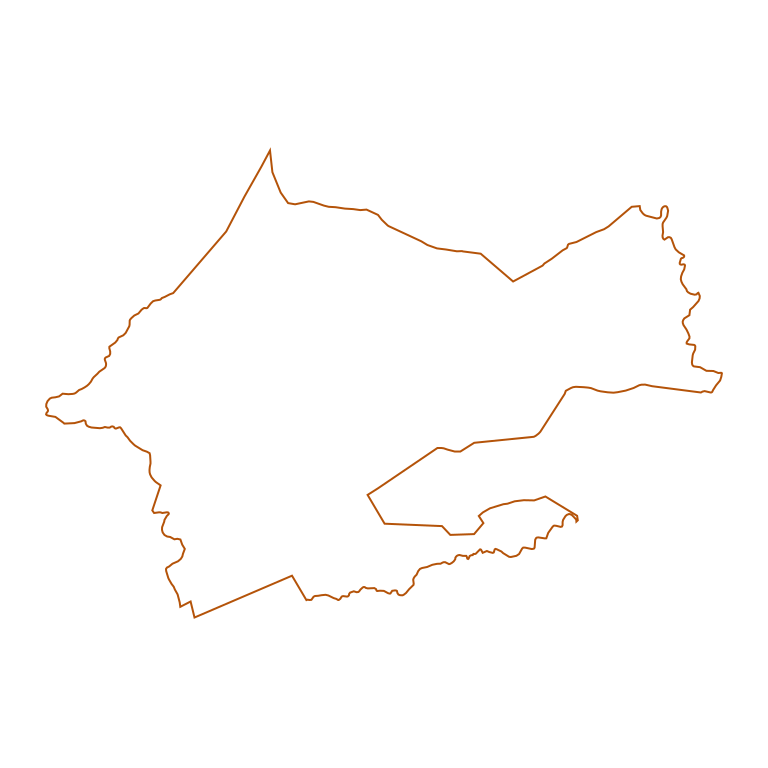 the district of La Paz, La Paz, Honduras
{"feature_id": "27666195B4973342406625", "entity_name": "La Paz", "entity_type": "district", "adm_level": 2, "iso_a3": "HND", "parent_name": "Honduras", "parent_adm1": "La Paz", "projection": "albers", "projection_center": [-87.743, 14.31], "detail": "fine", "context": "isolated", "style": "outline", "palette": "amber", "viewbox_px": 768, "rotation_deg": 0, "n_neighbors": 0, "source": "geoboundaries", "source_scale": "gbopen_adm2", "svg_char_len": 6084}
<svg xmlns="http://www.w3.org/2000/svg" viewBox="0 0 768 768"><path d="M639.7,206.1L631.7,206.8L608.6,226.4L604.1,229.2L596.2,232.1L576.5,242.0L569.0,243.9L568.0,244.7L567.1,247.6L566.6,248.2L562.7,250.3L551.8,258.7L544.4,263.5L542.6,265.6L513.1,281.5L480.7,253.7L462.8,251.4L462.0,251.1L456.9,251.3L446.0,249.5L437.0,248.4L427.4,245.0L421.3,241.3L388.6,226.1L387.7,225.5L381.8,219.8L378.0,214.9L366.5,209.6L360.3,210.1L353.2,209.1L344.9,208.6L335.6,207.2L328.7,206.8L323.9,205.6L313.4,201.9L308.9,201.4L295.1,204.3L288.1,203.1L280.7,192.6L272.4,172.2L270.0,150.5L261.3,166.8L244.4,196.7L226.2,231.5L173.2,293.1L169.8,294.3L164.8,296.9L161.8,298.1L160.8,299.3L159.8,299.8L155.3,300.5L153.1,301.2L150.7,303.5L147.4,307.9L146.5,308.2L144.1,308.0L142.9,308.7L141.5,309.8L138.4,313.5L134.3,315.5L131.4,318.1L130.1,319.6L129.7,320.6L129.6,324.6L129.3,326.2L125.7,332.9L123.3,335.3L118.6,337.5L117.9,338.5L117.4,340.0L115.2,342.6L109.4,346.7L109.3,348.1L110.2,351.5L110.2,353.9L109.2,355.9L105.7,357.5L104.9,358.4L104.8,359.7L106.0,363.1L106.1,364.2L105.9,365.9L105.2,367.4L104.4,368.2L99.3,371.7L97.4,373.8L93.8,377.1L92.6,378.6L90.9,381.7L88.8,384.2L87.0,385.8L84.6,387.4L81.7,389.0L79.1,390.0L76.1,392.6L74.6,393.5L72.8,393.9L68.4,394.2L62.6,393.7L59.1,396.4L55.3,397.3L51.7,397.7L49.8,398.6L47.5,401.2L46.3,404.1L46.2,406.7L47.7,409.2L48.0,410.4L47.8,411.4L46.5,413.0L46.1,414.4L46.7,415.1L48.3,415.7L55.4,416.9L63.6,422.9L64.3,423.6L74.5,423.1L81.3,421.3L82.8,420.5L83.8,420.3L84.7,420.6L85.5,421.3L85.8,423.7L87.0,425.7L88.7,426.7L91.5,427.5L99.9,428.2L102.7,427.8L104.9,427.0L107.6,427.6L109.7,427.6L111.2,426.6L112.4,426.4L113.7,426.8L114.7,428.2L115.9,428.6L119.3,427.3L120.1,427.3L121.1,428.3L125.7,435.5L127.5,437.2L130.1,440.8L133.6,444.3L135.1,445.6L142.6,450.2L146.9,451.7L149.6,453.2L150.1,455.3L150.5,461.7L150.5,463.6L149.8,466.9L149.5,470.0L149.6,472.4L150.1,474.4L151.6,477.4L154.5,480.8L155.9,482.1L160.6,485.4L152.3,510.4L154.1,513.0L159.1,512.3L160.7,512.4L162.3,513.0L166.8,512.3L168.0,512.4L168.5,512.8L168.8,513.4L168.6,514.2L166.8,516.0L164.5,519.9L164.2,521.7L162.1,527.2L162.0,529.9L162.7,532.5L164.5,535.0L167.1,536.5L170.2,537.0L174.4,539.3L177.3,538.8L180.4,539.5L182.2,544.6L184.8,548.9L183.0,553.7L182.3,556.5L180.8,558.9L178.0,561.3L172.5,563.7L169.1,566.5L166.9,567.6L166.0,569.0L166.2,571.1L168.3,578.0L169.0,579.5L171.6,584.0L173.7,586.7L174.9,589.6L177.6,594.4L179.7,602.4L180.3,606.8L190.6,601.5L194.5,617.5L292.0,575.7L306.4,600.1L307.4,599.7L309.8,600.0L311.4,599.8L313.6,596.7L315.0,596.0L318.1,595.8L321.5,595.2L325.6,594.8L328.4,595.5L333.7,598.1L336.3,598.9L338.1,600.0L338.7,600.0L340.3,598.8L341.6,596.7L342.2,596.3L343.2,596.1L347.1,596.6L348.0,596.3L348.9,595.4L349.2,593.8L350.1,592.6L353.8,591.3L356.6,592.2L358.3,592.0L359.2,591.3L360.4,589.6L362.8,587.4L363.8,587.0L364.7,587.1L365.8,587.9L367.8,588.4L374.4,588.1L376.1,589.2L376.5,590.5L377.1,591.0L380.1,590.7L383.9,590.9L388.1,593.2L389.7,593.6L390.4,593.5L392.2,590.8L394.9,590.4L396.1,590.5L396.9,590.9L397.5,593.2L398.5,594.6L400.0,595.2L402.6,595.3L403.8,594.7L406.0,593.0L409.1,589.2L413.5,584.9L413.7,583.6L413.2,579.8L413.6,578.4L414.7,576.6L416.6,574.7L418.2,571.1L420.0,568.9L422.1,568.0L427.1,567.0L432.3,564.8L437.1,563.8L440.6,563.7L442.5,562.6L443.7,562.2L445.2,562.2L449.0,564.1L449.8,564.0L451.7,563.0L453.7,561.4L455.2,559.3L455.4,557.7L455.9,556.9L456.8,555.9L458.2,555.2L459.5,555.0L463.0,555.9L466.3,555.9L466.8,556.8L467.3,558.6L468.1,559.0L468.6,558.6L469.7,556.0L471.3,555.2L472.7,555.1L473.1,554.3L473.5,553.9L474.9,554.0L475.8,553.7L480.0,549.4L480.6,549.4L481.1,549.8L482.7,552.8L486.9,551.0L489.2,552.0L492.8,552.9L493.8,552.4L494.7,549.4L495.5,548.9L496.6,549.2L501.4,551.5L503.1,553.1L509.1,556.8L510.9,557.0L516.4,555.8L519.1,554.0L522.1,548.6L523.2,547.6L525.0,547.6L531.6,549.0L533.0,548.9L534.1,548.5L534.6,547.5L535.2,539.8L536.0,538.2L536.8,537.6L538.3,537.4L544.9,538.4L546.3,538.3L548.2,532.9L552.5,526.9L553.6,525.8L554.4,525.6L556.2,525.8L560.7,526.9L562.0,526.5L562.6,525.1L562.6,522.0L563.1,519.9L565.4,516.2L566.8,514.9L569.0,514.0L570.4,514.3L572.0,515.1L575.9,519.2L576.3,520.1L576.4,521.6L577.8,520.3L577.1,515.8L545.4,496.5L534.2,500.4L523.8,500.2L514.7,501.3L507.5,503.7L503.4,504.2L490.0,508.3L482.9,512.4L478.8,516.0L483.4,523.1L474.1,534.1L450.3,534.9L442.0,526.1L384.6,523.7L367.6,494.9L378.3,488.1L437.4,448.0L441.4,448.0L443.7,448.3L447.5,449.6L454.6,451.5L460.4,451.5L474.2,442.8L533.8,436.8L535.6,435.9L538.6,433.6L540.3,431.8L564.7,393.9L565.8,390.8L571.0,388.0L573.0,387.2L575.9,386.8L583.8,387.2L588.1,387.6L591.0,388.1L597.5,390.6L600.5,391.3L607.7,392.3L613.5,392.7L617.6,392.2L625.7,390.6L633.6,388.0L639.3,385.2L641.5,384.7L645.1,384.6L652.1,386.2L700.9,392.5L702.5,391.6L704.6,391.1L710.6,392.5L711.5,392.4L712.2,391.9L713.1,390.0L716.1,385.3L720.1,380.5L721.3,376.8L721.9,373.3L721.6,372.9L720.9,372.8L718.3,373.0L713.4,371.0L706.4,370.8L700.1,367.2L693.9,366.4L692.8,365.6L692.2,364.5L691.9,362.4L692.7,355.3L693.2,353.5L695.1,349.7L695.3,346.2L694.8,345.3L694.1,344.9L689.2,344.4L686.7,343.6L686.6,342.6L687.0,341.6L689.4,338.4L689.5,336.6L688.4,333.5L686.5,329.6L683.5,325.1L682.8,323.1L682.7,321.6L683.2,320.1L684.3,318.4L689.4,315.2L690.1,309.7L693.1,307.1L698.5,301.0L699.6,298.4L699.8,296.0L698.4,292.8L697.7,293.1L696.5,294.4L694.6,294.7L690.5,293.7L688.1,292.3L686.9,291.0L686.4,289.3L682.7,284.3L681.4,281.6L680.8,279.2L681.1,276.4L682.4,272.7L684.2,269.4L685.0,265.6L684.7,264.7L684.0,264.4L683.1,264.3L681.7,264.7L680.4,264.5L679.8,263.9L679.7,262.9L680.9,258.8L681.5,258.2L682.7,257.9L683.8,257.2L684.2,256.3L684.1,255.4L678.8,252.3L675.7,249.4L674.5,247.2L671.7,239.3L670.8,237.8L669.5,237.2L668.0,237.2L664.5,239.6L663.5,239.0L662.7,237.6L662.5,235.7L663.1,232.1L662.6,226.3L662.6,224.0L663.1,222.5L666.5,217.6L667.2,216.0L668.1,210.7L667.4,208.0L666.8,206.8L665.9,206.2L664.3,206.3L662.9,207.2L661.9,208.5L661.5,209.7L661.1,211.7L661.1,215.4L660.7,216.6L660.1,217.4L659.2,218.0L656.8,218.5L646.1,215.7L644.5,214.9L642.8,213.4L640.3,210.0L639.7,206.1Z" fill="none" stroke="#b45309" stroke-width="2"/></svg>